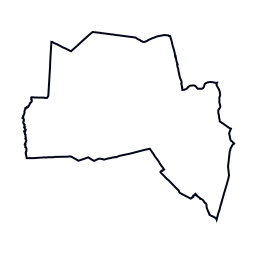 Victor Vlad Delamarina, Timis, Romania, rotated 265°
{"feature_id": "2599482B6245174477067", "entity_name": "Victor Vlad Delamarina", "entity_type": "district", "adm_level": 2, "iso_a3": "ROU", "parent_name": "Romania", "parent_adm1": "Timis", "projection": "equal_earth", "projection_center": [21.849, 45.603], "detail": "fine", "context": "isolated", "style": "outline", "palette": "ink", "viewbox_px": 256, "rotation_deg": 265, "n_neighbors": 0, "source": "geoboundaries", "source_scale": "gbopen_adm2", "svg_char_len": 5727}
<svg xmlns="http://www.w3.org/2000/svg" viewBox="0 0 256 256"><g transform="rotate(265 128 128)"><path d="M30.6,208.9L34.6,210.3L35.4,210.6L38.4,212.0L42.6,213.4L44.7,214.3L48.1,215.6L49.2,215.9L50.0,216.3L51.8,217.0L53.0,217.4L53.6,217.7L54.3,217.8L56.2,218.7L57.5,219.2L57.9,219.3L58.5,219.6L63.1,221.4L69.2,223.7L71.2,224.2L71.6,224.5L80.9,224.3L87.8,225.7L88.5,225.8L92.1,226.6L94.9,227.1L95.2,227.2L96.0,227.4L96.9,227.9L98.1,228.2L98.7,228.5L99.2,228.6L100.1,229.4L101.9,230.5L102.1,230.8L103.2,232.4L103.8,232.0L104.2,231.5L105.5,230.6L106.5,229.4L106.9,229.2L107.5,229.0L108.2,228.9L109.2,228.8L111.8,228.6L112.5,228.4L113.9,228.3L115.1,228.8L118.4,230.5L118.9,229.3L119.3,228.8L121.5,226.1L122.4,225.1L122.8,224.5L123.8,223.6L125.2,221.6L125.9,220.9L126.6,220.0L128.2,220.0L130.0,219.7L131.2,219.7L133.5,219.6L134.2,219.4L135.1,219.3L135.9,219.3L137.0,219.4L138.0,219.6L139.4,220.8L140.9,221.7L141.5,221.9L143.4,221.6L145.7,221.2L148.3,221.6L149.9,221.6L150.6,221.7L151.2,222.0L152.2,222.6L153.3,222.7L155.3,222.6L156.9,222.4L158.7,221.9L162.8,220.0L163.2,219.9L165.4,220.7L165.3,220.0L165.3,219.3L166.2,216.5L166.7,213.8L166.5,211.4L166.3,210.5L165.6,208.9L165.2,208.4L164.7,208.1L162.8,207.4L161.8,206.8L161.3,206.4L160.7,205.1L160.7,204.6L161.0,201.0L161.1,200.8L163.2,199.4L163.9,198.8L164.6,197.8L164.7,197.5L164.7,197.1L164.7,194.1L164.6,193.4L164.5,193.0L164.1,192.2L162.3,190.2L161.6,189.0L161.2,187.0L161.1,186.2L161.1,185.5L164.0,185.3L164.1,185.5L164.4,185.4L164.8,185.5L165.2,185.3L167.6,184.9L167.8,185.2L168.2,185.4L169.8,185.4L170.7,185.0L172.4,184.6L172.6,184.5L172.8,184.3L176.4,183.7L177.0,183.8L177.1,183.6L177.3,183.6L178.1,183.6L180.3,183.2L181.8,183.3L183.9,182.9L184.6,182.6L185.4,182.6L186.6,182.5L186.7,182.9L187.1,183.0L187.6,182.7L190.5,182.1L195.2,181.7L195.0,181.3L198.4,181.1L202.3,180.5L205.8,179.7L211.5,178.9L212.6,178.6L216.0,177.9L216.1,176.7L216.7,176.2L216.8,176.0L216.9,174.7L217.1,174.2L217.2,173.7L217.4,173.2L217.4,171.9L217.3,171.3L217.3,170.4L217.1,169.2L216.9,166.4L216.7,165.5L216.5,164.2L215.7,161.8L215.6,161.0L215.1,159.4L214.7,158.4L214.3,156.9L213.9,156.2L213.7,155.6L213.2,154.8L212.7,153.5L212.7,152.9L212.3,152.3L212.3,152.1L212.4,150.6L212.8,149.9L213.2,149.4L213.5,148.6L214.6,147.6L215.1,146.4L215.7,145.5L217.1,143.9L217.5,143.3L219.8,132.8L221.1,127.2L221.7,123.7L221.9,123.1L222.4,121.6L222.6,120.1L222.6,119.7L222.9,118.9L224.5,111.6L225.0,109.0L225.3,108.5L225.7,106.0L226.1,104.2L226.7,101.1L224.4,97.8L218.2,89.5L215.2,85.7L209.4,77.9L212.7,72.6L214.2,69.7L214.9,68.8L216.0,67.1L218.1,63.7L219.1,61.6L219.9,60.7L220.2,60.0L220.5,59.2L201.7,56.4L195.2,55.6L166.9,51.4L166.3,50.8L165.7,50.6L165.3,50.4L165.1,50.1L165.0,49.8L165.2,47.7L165.6,46.8L166.1,41.6L166.5,37.6L166.7,37.0L167.0,34.8L166.9,34.7L166.9,34.3L166.8,34.2L166.5,34.2L166.1,34.4L165.7,34.3L165.1,34.5L164.7,34.1L163.9,34.5L163.4,34.6L162.9,34.2L162.3,34.0L162.0,33.8L161.9,33.7L161.8,33.2L161.6,32.8L161.2,32.6L160.8,32.3L160.0,32.0L159.5,31.6L159.0,31.4L158.7,30.8L158.2,30.8L157.9,30.6L157.3,29.6L157.6,29.1L157.0,28.9L156.5,28.0L156.5,27.8L156.8,27.6L156.7,27.4L155.7,27.3L154.5,26.6L153.6,26.4L153.1,26.2L152.1,26.2L151.4,26.0L150.1,25.2L149.6,25.1L149.0,24.5L148.7,24.5L148.4,24.7L148.0,24.6L147.6,24.3L147.4,23.8L147.3,23.7L147.1,23.7L146.7,24.5L146.0,24.7L145.9,24.9L145.7,25.0L145.4,25.0L145.3,24.9L144.9,25.0L144.4,24.6L143.9,24.7L143.6,24.6L143.5,24.3L143.3,24.3L142.3,24.2L141.5,24.3L141.0,24.8L140.2,25.3L139.4,24.9L138.8,25.0L138.5,24.9L138.2,25.0L137.9,24.8L137.8,25.1L137.5,24.8L137.1,25.1L136.6,25.1L136.1,25.3L135.5,25.9L135.3,26.0L134.8,25.8L134.8,25.7L134.6,25.6L134.5,25.4L134.2,25.4L134.0,25.5L133.9,25.4L133.9,25.1L134.0,24.3L133.8,24.2L133.6,24.2L133.2,24.5L132.4,24.6L132.3,24.8L132.0,24.7L131.0,24.8L130.8,24.8L130.6,25.2L130.5,25.3L130.3,25.2L129.9,25.3L129.2,25.2L128.8,25.3L128.2,25.1L127.2,25.4L126.8,25.2L126.5,25.2L126.2,24.8L125.0,25.5L124.6,25.7L123.3,25.3L122.9,24.8L122.3,24.7L121.7,24.2L120.9,24.4L120.8,24.2L120.9,23.8L120.3,23.6L119.7,24.1L119.0,24.3L118.7,24.3L118.2,24.0L117.8,24.0L117.7,24.2L117.7,24.5L117.3,24.6L117.1,24.9L116.8,25.0L115.9,25.0L115.0,24.8L114.4,24.9L113.9,24.8L113.8,24.6L113.4,24.3L112.7,24.1L112.1,24.2L111.9,23.9L106.8,24.5L106.2,31.5L106.2,32.4L106.0,42.5L105.8,43.1L105.8,43.8L105.8,46.6L105.6,48.2L105.5,49.8L105.4,50.6L105.4,51.2L105.6,52.4L105.3,56.1L105.0,61.2L104.9,61.7L104.9,62.5L104.7,64.6L104.7,68.4L103.8,69.9L99.7,75.9L102.2,85.9L99.7,89.1L98.2,91.3L99.2,94.0L99.9,96.3L100.0,96.6L99.9,97.4L99.4,99.1L98.8,101.1L98.6,101.4L99.4,105.6L99.5,107.6L100.0,110.6L99.9,111.4L100.1,111.9L100.2,112.9L100.1,113.3L99.9,113.6L100.2,114.2L100.3,115.2L100.9,116.5L101.4,120.3L102.2,127.3L104.9,143.4L105.4,147.9L99.2,151.5L97.7,152.1L94.3,154.3L91.7,155.8L89.0,157.0L88.1,157.6L87.3,158.0L86.3,158.8L83.5,160.3L83.1,159.2L82.8,158.8L82.5,158.8L82.3,158.6L82.4,158.0L82.5,157.7L82.2,157.4L81.8,156.9L81.3,156.5L80.7,156.7L76.7,160.1L75.6,160.9L73.8,162.4L72.6,163.7L70.8,165.2L63.0,171.5L62.8,171.8L61.4,173.0L61.1,173.1L59.6,173.6L58.9,173.9L52.2,184.3L52.5,184.8L52.8,185.5L53.3,186.4L53.5,186.2L53.8,186.6L54.2,186.6L55.0,187.2L54.9,187.7L55.0,188.0L55.3,188.2L55.3,188.5L55.1,188.8L55.2,189.1L55.8,189.0L56.4,189.2L56.6,189.4L54.9,190.7L54.2,191.0L53.0,192.3L52.2,193.4L51.9,193.5L51.3,193.6L51.1,193.8L51.0,194.0L50.9,194.8L50.4,195.5L50.1,196.0L49.6,196.4L49.2,196.6L48.6,197.1L47.5,197.5L47.0,198.0L46.6,198.2L45.9,199.2L44.6,199.5L42.3,199.4L40.6,199.7L39.3,200.2L38.2,200.4L37.3,200.9L36.5,201.0L35.7,201.5L34.6,201.5L33.1,203.5L32.5,204.8L32.1,205.3L32.1,205.5L31.7,205.9L31.1,206.8L30.8,207.3L30.6,207.4L30.8,207.6L30.7,207.8L29.9,208.3L29.3,208.4L30.6,208.9Z" fill="none" stroke="#020617" stroke-width="2"/></g></svg>